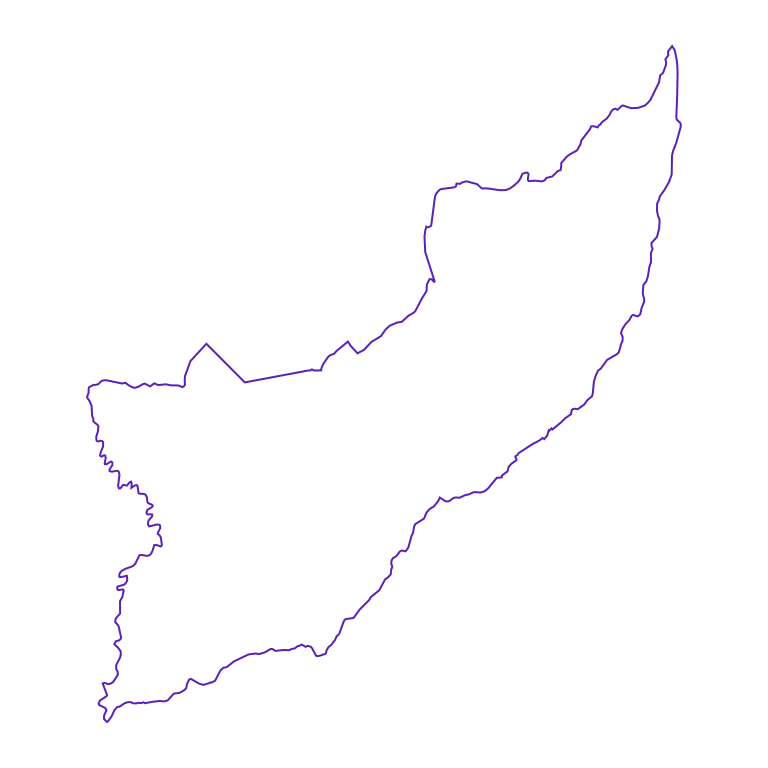 Cachipay, Cundinamarca, Colombia
{"feature_id": "7082276B14405151450824", "entity_name": "Cachipay", "entity_type": "district", "adm_level": 2, "iso_a3": "COL", "parent_name": "Colombia", "parent_adm1": "Cundinamarca", "projection": "robinson", "projection_center": [-74.459, 4.728], "detail": "fine", "context": "isolated", "style": "outline", "palette": "violet", "viewbox_px": 768, "rotation_deg": 0, "n_neighbors": 0, "source": "geoboundaries", "source_scale": "gbopen_adm2", "svg_char_len": 6090}
<svg xmlns="http://www.w3.org/2000/svg" viewBox="0 0 768 768"><path d="M496.8,477.8L501.7,477.4L501.8,475.9L502.8,474.8L507.5,471.4L508.7,466.7L511.7,463.5L516.2,460.4L516.5,459.3L515.3,457.0L515.6,456.2L517.4,455.2L518.6,453.1L532.0,444.4L539.5,440.4L542.6,438.0L544.3,439.1L547.1,435.8L548.8,430.4L549.2,430.8L551.5,428.4L552.4,429.5L561.1,422.3L565.6,417.9L570.9,414.3L571.7,410.2L572.6,409.2L574.5,408.7L577.6,409.2L578.3,408.8L584.3,404.5L587.1,400.4L591.9,396.4L592.7,393.8L594.0,381.2L595.8,375.4L598.1,370.6L600.8,368.6L607.1,359.9L616.4,354.5L618.6,352.7L620.6,346.5L620.6,344.9L622.5,341.0L622.7,337.1L620.9,333.0L622.5,328.8L625.6,324.0L629.5,319.9L631.4,316.1L632.3,315.3L633.4,314.9L636.6,316.2L637.9,316.3L640.2,314.3L641.7,307.8L644.2,301.4L644.1,298.9L642.7,293.4L643.4,285.0L646.4,281.1L647.1,278.9L647.9,276.4L649.3,267.2L651.0,262.1L650.9,253.0L652.6,249.1L651.6,246.1L651.4,243.1L657.0,236.9L659.1,228.7L659.6,221.5L659.2,218.5L658.1,216.2L657.0,211.0L657.1,203.7L659.1,199.4L659.7,196.6L664.6,189.7L669.1,181.8L671.7,174.5L672.0,155.6L673.0,151.2L676.4,142.5L680.6,127.1L680.8,125.0L680.4,123.0L676.7,119.6L676.3,116.7L677.2,95.7L677.6,71.9L677.2,64.6L676.7,59.8L674.7,50.1L672.1,46.1L668.0,51.5L668.3,55.3L665.4,59.2L666.2,63.0L665.8,65.3L663.1,72.8L660.1,75.5L659.1,82.2L650.4,99.9L648.2,102.5L645.0,105.5L638.0,107.9L631.0,108.2L623.0,105.5L621.9,105.8L617.5,109.8L615.5,108.7L613.1,109.4L611.3,111.3L609.5,115.0L606.9,118.4L601.6,122.5L600.6,124.3L599.0,125.2L597.6,127.4L593.7,126.2L591.1,126.4L590.1,129.0L581.7,140.0L581.0,141.4L580.5,144.3L577.0,150.4L569.8,154.4L566.6,156.8L561.2,163.1L561.3,165.9L560.6,170.1L557.9,171.0L552.2,176.5L546.4,177.9L544.6,180.3L541.9,181.4L535.1,180.7L528.7,181.1L527.9,180.0L527.8,178.9L528.6,174.2L527.7,172.8L526.4,172.5L522.4,173.8L520.2,178.8L518.2,181.8L513.8,185.7L509.8,188.5L506.7,189.8L504.8,190.1L499.8,190.2L487.4,188.4L481.8,188.4L477.0,184.1L466.4,181.3L461.7,182.6L460.4,183.8L456.5,183.6L456.0,186.3L454.4,187.3L441.0,189.1L439.6,189.8L436.1,193.6L434.9,197.3L431.3,225.0L431.0,225.8L428.8,227.1L426.9,227.3L426.4,226.8L425.3,230.2L424.5,236.6L425.2,251.9L434.6,281.4L434.0,281.8L431.6,279.2L429.5,279.2L426.9,284.5L426.5,291.1L422.0,298.3L415.2,311.3L413.4,312.9L408.6,315.6L401.7,321.9L397.1,322.5L389.4,325.9L385.6,329.5L380.9,336.2L371.5,341.8L364.0,349.9L357.5,353.3L350.8,346.0L347.9,341.6L336.6,350.9L334.1,353.8L330.3,355.1L328.2,356.8L323.3,363.8L321.4,368.4L321.1,370.4L313.9,370.5L311.9,369.4L310.2,370.5L308.2,370.5L244.8,382.4L206.4,343.8L190.4,361.1L185.0,376.1L184.7,381.1L185.0,384.8L183.5,386.6L182.4,387.1L178.5,385.5L170.6,385.3L165.8,384.3L158.2,385.1L154.3,383.3L150.1,386.4L144.8,383.6L143.0,384.1L138.3,386.8L134.9,387.8L132.9,387.5L129.1,385.6L125.4,382.8L122.1,383.5L106.1,380.2L102.5,380.6L100.9,381.4L98.4,384.1L95.3,385.0L93.5,384.8L89.1,387.3L88.7,388.3L88.6,392.7L87.2,396.5L87.3,397.9L89.5,400.9L91.6,405.8L92.1,416.0L93.3,418.6L93.3,421.4L97.9,425.2L98.4,426.2L98.0,431.2L96.3,436.5L96.4,440.1L96.9,441.0L98.3,441.5L100.1,440.7L101.9,441.0L102.7,441.5L103.1,442.6L103.1,446.4L100.6,452.6L100.0,455.7L101.6,456.7L104.1,455.2L105.3,455.7L105.7,458.1L104.7,463.3L104.9,464.2L106.9,464.1L110.6,461.6L111.6,461.7L112.4,462.7L112.4,465.1L109.9,468.7L109.5,469.9L109.7,471.1L112.0,471.7L117.2,470.7L118.7,471.6L119.5,474.7L118.1,485.9L118.9,488.4L120.4,488.3L123.2,484.9L127.0,485.5L129.5,482.4L130.9,481.6L131.7,483.1L131.4,487.8L135.0,485.3L136.8,485.1L137.5,485.9L138.6,493.2L139.1,493.6L143.7,493.9L145.6,494.7L146.8,497.1L147.5,502.2L148.4,503.3L151.8,504.6L152.8,505.7L151.9,507.2L147.5,509.8L146.5,512.1L146.7,513.7L147.7,514.4L151.9,514.3L152.2,514.7L152.2,516.4L148.9,520.0L148.3,521.3L148.0,524.3L149.1,526.4L157.0,524.5L159.6,524.9L160.1,525.9L160.2,528.1L157.9,532.7L157.7,533.8L159.4,535.1L160.8,537.4L161.9,545.0L160.8,546.5L156.3,544.9L154.2,545.1L152.7,550.4L151.2,553.4L150.0,554.9L148.4,555.7L146.2,555.8L141.1,554.9L139.4,555.3L135.3,563.7L134.0,565.1L132.6,566.2L125.3,568.9L121.8,570.8L120.3,572.4L119.4,574.3L119.2,576.1L119.6,577.0L121.0,577.1L126.8,575.8L127.3,579.6L126.8,581.4L125.4,583.6L124.0,584.7L117.6,586.6L117.1,587.4L117.4,589.2L118.2,590.1L122.2,589.5L122.9,589.5L123.7,590.3L122.4,596.8L120.0,601.2L120.1,613.6L116.4,617.6L115.5,619.4L115.2,622.1L118.1,625.3L118.8,626.9L121.1,637.7L120.3,639.4L119.0,640.4L115.8,641.3L114.3,644.2L118.4,648.1L120.6,651.2L120.8,654.4L120.1,657.5L116.1,665.3L116.3,669.3L117.6,671.4L117.8,674.7L115.6,678.4L112.8,682.3L110.1,683.8L108.6,684.2L104.2,682.8L102.7,683.5L107.1,695.2L106.3,696.4L100.1,700.4L98.6,703.5L99.1,704.9L105.1,708.0L106.1,709.3L106.3,710.7L104.4,714.7L103.9,717.0L104.2,719.2L106.9,721.9L107.8,721.6L111.5,716.5L114.7,709.7L117.4,706.9L119.5,706.7L124.5,703.3L128.0,702.1L130.8,702.1L132.6,703.2L136.3,703.4L138.2,702.8L141.2,703.1L143.6,702.3L145.0,703.2L153.2,701.7L159.6,701.0L164.1,701.4L167.6,700.5L173.8,693.6L179.7,692.8L184.1,690.3L186.2,688.2L187.0,684.0L189.1,679.6L191.0,678.9L198.6,683.4L202.2,684.6L203.8,684.8L209.0,683.2L209.9,682.5L211.4,682.7L215.1,680.7L220.5,670.4L223.2,667.8L226.6,667.2L233.9,661.4L248.6,654.4L255.8,653.5L258.9,654.1L264.6,652.5L270.6,649.0L272.5,649.0L275.4,650.9L283.5,650.0L289.1,650.2L292.0,648.8L294.4,648.6L297.9,646.0L299.9,645.6L301.6,644.6L305.6,646.8L307.6,645.8L310.9,646.8L312.2,648.4L316.1,655.8L317.9,656.1L320.2,655.6L325.5,653.8L326.4,651.6L326.6,650.1L328.5,647.1L331.2,644.9L334.9,640.1L336.9,635.8L338.2,635.1L339.4,633.4L343.7,621.5L344.7,619.8L346.2,619.0L353.5,618.0L359.8,609.4L368.9,600.3L371.0,596.9L379.3,590.2L385.0,579.5L388.3,577.1L390.7,574.4L391.3,568.9L392.1,567.8L392.2,566.2L391.3,563.9L391.4,561.3L392.0,559.6L392.9,558.2L396.3,556.2L399.9,551.4L401.9,550.5L405.4,551.3L406.5,550.2L408.4,547.3L411.5,535.9L413.0,533.0L414.3,525.9L415.3,524.1L424.0,518.6L426.4,512.8L429.5,509.1L433.9,506.4L438.4,500.7L439.8,497.6L445.7,501.3L447.7,501.4L449.1,501.1L453.2,498.2L455.1,497.5L459.7,497.7L465.7,494.9L467.9,494.7L474.0,492.1L480.6,492.5L484.6,491.3L488.0,488.5L496.8,477.8Z" fill="none" stroke="#5b21b6" stroke-width="2"/></svg>